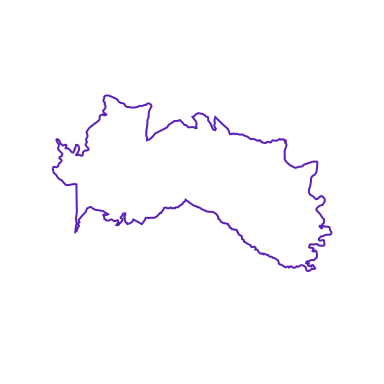 outline of Senekane, Berea, Lesotho, rotated 117°
{"feature_id": "5366337B41059399300258", "entity_name": "Senekane", "entity_type": "district", "adm_level": 2, "iso_a3": "LSO", "parent_name": "Lesotho", "parent_adm1": "Berea", "projection": "mercator", "projection_center": [27.679, -29.225], "detail": "fine", "context": "isolated", "style": "outline", "palette": "violet", "viewbox_px": 384, "rotation_deg": 117, "n_neighbors": 0, "source": "geoboundaries", "source_scale": "gbopen_adm2", "svg_char_len": 6037}
<svg xmlns="http://www.w3.org/2000/svg" viewBox="0 0 384 384"><g transform="rotate(117 192 192)"><path d="M206.1,336.2L206.8,336.5L207.6,336.2L210.3,332.1L211.7,331.5L213.9,331.3L214.6,330.8L216.9,324.9L217.4,324.5L219.3,324.4L220.9,325.8L222.3,325.3L222.4,323.5L223.2,322.4L225.0,322.5L227.0,323.5L229.7,323.0L231.3,323.7L232.4,326.7L233.3,326.8L234.4,326.6L237.6,324.0L238.3,321.1L240.4,317.5L240.8,315.3L240.7,313.4L242.6,309.0L242.8,307.7L242.7,306.6L242.1,305.5L238.5,300.8L237.6,298.5L262.6,285.3L268.4,283.4L272.2,280.6L276.5,279.5L280.6,277.8L279.2,277.1L274.9,277.6L274.2,277.2L273.2,277.4L272.8,278.5L272.1,278.9L271.1,279.1L270.2,278.5L268.4,280.3L264.3,279.5L258.2,277.7L254.3,278.0L251.8,276.2L251.2,274.9L251.7,273.2L251.8,270.4L249.3,262.4L249.8,260.0L249.8,256.6L250.7,257.0L251.8,258.8L252.1,260.2L252.7,260.6L254.2,258.8L255.9,257.7L255.7,256.7L256.1,255.7L256.1,254.8L254.9,252.9L253.5,252.0L252.9,251.2L253.3,248.6L252.9,247.4L251.0,245.7L251.1,245.0L252.2,244.2L253.4,243.9L255.6,244.4L255.3,243.2L254.8,242.5L252.2,242.2L251.5,241.6L249.2,241.2L247.8,241.7L247.5,243.7L246.4,243.9L244.6,243.4L243.0,243.7L242.2,243.3L242.1,242.5L241.4,241.8L243.4,240.8L243.9,241.3L245.6,240.8L245.8,239.8L247.3,239.4L249.3,237.1L249.0,235.9L249.9,235.0L248.1,233.1L245.6,231.7L243.1,231.7L243.4,222.1L238.3,221.3L236.2,221.5L235.0,219.9L235.0,218.9L233.3,216.4L232.4,214.2L229.7,212.2L225.3,210.9L224.7,209.9L224.0,210.2L220.8,209.4L219.0,209.7L218.2,209.0L217.4,207.5L217.7,206.9L217.5,205.8L215.4,203.8L215.8,203.0L215.5,202.1L214.4,200.9L214.4,199.9L212.8,199.4L212.1,197.6L209.8,196.7L206.9,195.0L206.1,195.2L202.7,193.9L201.8,194.2L203.3,184.6L202.8,181.3L203.2,180.4L202.5,179.3L202.6,176.8L203.0,175.8L202.7,174.1L202.7,170.2L201.9,167.8L200.2,164.4L200.6,160.4L202.1,157.4L203.0,157.2L204.1,156.0L203.8,155.1L205.4,152.7L205.4,149.2L204.8,148.5L204.2,145.3L205.0,144.9L205.2,143.2L206.6,142.3L206.4,140.8L207.1,139.3L206.3,138.3L206.3,136.6L205.7,135.9L205.7,134.6L207.0,133.5L207.0,132.7L207.6,132.4L208.8,130.5L208.6,129.8L208.7,127.7L211.3,125.9L211.1,124.3L211.8,123.5L212.6,123.3L212.9,117.7L212.8,115.9L213.9,114.1L213.6,112.9L212.8,112.2L212.3,111.2L213.1,109.7L214.5,109.5L214.0,108.6L213.8,107.3L215.6,104.8L215.8,102.9L214.8,101.3L215.2,100.3L214.3,99.9L214.1,99.4L214.2,97.3L213.5,95.6L214.4,93.8L213.5,91.4L213.9,89.6L213.4,88.1L213.9,84.4L214.4,83.6L216.2,82.2L216.7,81.3L216.3,79.5L216.4,77.0L216.7,75.5L216.6,74.6L214.9,72.7L214.8,72.2L215.3,71.5L215.0,71.0L213.5,70.6L213.2,69.5L213.5,67.5L213.3,66.8L212.2,65.5L210.6,64.9L210.4,63.4L207.9,61.8L207.2,60.7L207.0,58.7L207.2,57.1L208.0,56.0L209.6,54.7L210.0,53.8L209.8,52.9L208.9,51.7L206.1,50.2L205.3,48.3L204.2,47.5L202.2,51.0L203.1,52.2L204.2,51.8L204.9,55.1L204.4,55.6L202.8,55.3L202.4,55.6L202.4,56.4L203.6,57.5L203.6,58.1L202.4,58.3L201.3,57.7L200.7,56.3L198.8,55.2L197.2,52.4L195.2,51.9L194.1,51.1L192.2,51.6L189.0,53.6L188.3,54.8L188.2,55.6L189.5,56.2L190.0,57.3L189.8,57.9L189.4,58.1L187.7,57.8L187.1,58.2L187.3,59.9L188.2,61.9L188.0,62.6L185.5,63.1L184.8,62.7L183.2,59.1L181.7,57.3L182.0,54.3L180.2,50.4L178.8,50.1L175.2,52.4L175.6,53.9L177.3,55.8L177.0,57.3L175.7,57.7L172.9,56.8L172.1,55.4L169.9,53.8L168.3,51.6L167.2,49.3L165.5,49.0L164.7,49.5L163.0,51.9L161.2,53.3L160.9,53.9L162.9,59.6L163.5,59.9L165.1,59.7L165.6,60.0L164.9,62.6L164.1,62.7L163.0,60.9L161.6,61.3L160.2,60.4L156.3,61.9L156.1,63.3L153.1,68.7L152.0,72.3L151.0,73.4L150.0,73.4L147.0,72.5L144.0,69.7L139.9,69.5L138.0,70.6L137.0,72.8L136.8,74.9L138.0,75.8L141.5,77.2L142.1,78.3L140.9,82.4L140.7,85.8L138.9,87.9L136.9,88.8L133.2,89.4L128.9,90.7L125.4,92.2L123.2,92.0L120.6,90.4L117.6,90.1L108.8,93.6L108.3,94.3L108.4,95.0L110.1,98.1L115.4,103.4L117.1,104.8L119.2,105.5L121.2,108.4L123.4,110.6L123.7,111.4L123.6,116.9L122.5,121.2L121.0,124.1L113.3,128.1L107.4,129.0L104.6,131.5L103.4,131.9L103.5,132.2L105.0,132.1L103.5,133.9L103.6,134.7L105.0,136.6L105.0,138.0L107.3,139.3L108.3,140.8L109.4,143.7L112.3,144.5L112.5,146.6L113.4,148.0L114.7,148.4L115.5,149.7L116.0,153.0L115.0,154.2L115.2,155.0L115.9,155.4L115.6,156.1L116.8,157.3L116.5,160.3L118.3,164.0L117.5,167.7L118.0,170.7L117.7,172.7L119.2,175.5L119.9,178.7L120.8,179.7L120.9,181.5L121.6,181.9L122.0,182.9L122.8,183.5L123.3,184.4L120.0,188.0L119.3,189.5L117.5,196.4L114.7,205.2L117.3,204.7L119.0,204.0L119.8,203.0L122.4,202.5L124.0,201.0L124.7,199.5L126.4,199.4L126.7,200.1L126.5,201.9L125.9,202.8L124.1,204.5L123.8,205.5L122.7,206.2L121.1,209.9L118.2,211.6L118.3,214.3L117.7,215.5L117.7,218.2L119.0,222.4L120.7,223.6L123.4,224.5L124.8,225.7L127.4,220.4L128.8,219.1L131.5,218.2L132.9,217.0L133.6,217.8L133.4,219.4L134.0,221.2L136.1,224.7L135.1,227.6L135.7,229.3L134.4,232.0L133.4,235.4L135.4,237.3L136.6,239.8L142.9,243.3L145.7,243.5L156.8,251.5L160.6,252.2L164.6,253.8L166.3,255.6L164.0,256.6L162.4,258.6L160.4,259.2L159.4,260.0L152.0,262.5L148.6,264.2L144.3,264.8L142.9,265.8L139.0,267.0L133.8,267.0L132.7,268.5L132.6,270.4L133.2,271.6L134.1,272.3L135.3,272.5L136.3,274.1L138.3,275.7L139.0,277.9L140.4,278.7L142.3,280.8L144.0,283.8L145.6,288.4L145.7,290.1L144.3,292.4L144.3,293.8L145.0,295.9L144.8,298.2L143.3,300.9L143.6,307.4L144.0,310.3L144.6,311.8L145.6,313.0L147.3,313.4L148.4,312.8L150.7,312.6L151.6,311.6L151.8,310.5L152.4,309.9L153.7,309.5L154.8,307.9L156.9,307.3L159.8,308.1L160.7,307.6L161.4,306.1L161.7,303.6L162.5,303.7L163.1,304.4L163.5,305.1L163.5,306.9L165.4,308.5L166.5,308.5L169.1,307.4L170.7,307.5L178.9,311.5L181.7,312.6L184.5,313.1L186.6,313.1L188.5,311.2L189.8,310.4L193.5,310.3L195.2,308.3L198.0,308.4L198.9,307.6L199.9,304.7L200.4,303.9L201.3,303.4L202.7,304.5L203.6,305.9L204.9,306.9L205.9,307.1L208.7,306.2L209.8,306.7L210.1,309.7L211.3,310.9L211.7,311.8L210.9,312.2L208.8,311.6L205.2,311.9L203.0,313.5L202.3,314.4L202.1,315.7L202.8,316.7L205.7,316.0L207.2,316.2L208.2,315.7L210.6,315.6L211.2,316.8L209.6,321.1L209.4,322.4L210.2,323.5L210.4,324.5L207.6,324.9L207.2,325.7L207.4,326.4L209.2,328.0L209.0,329.2L208.6,330.9L206.2,333.9L206.1,336.2Z" fill="none" stroke="#5b21b6" stroke-width="2"/></g></svg>